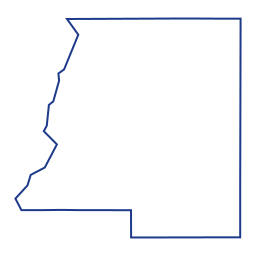 Le Sueur, Minnesota, United States of America
{"feature_id": "52423323B42954373682116", "entity_name": "Le Sueur", "entity_type": "district", "adm_level": 2, "iso_a3": "USA", "parent_name": "United States of America", "parent_adm1": "Minnesota", "projection": "mercator", "projection_center": [-93.822, 44.37], "detail": "fine", "context": "isolated", "style": "outline", "palette": "blue", "viewbox_px": 256, "rotation_deg": 0, "n_neighbors": 0, "source": "geoboundaries", "source_scale": "gbopen_adm2", "svg_char_len": 436}
<svg xmlns="http://www.w3.org/2000/svg" viewBox="0 0 256 256"><path d="M240.2,237.3L240.2,182.9L240.6,18.7L228.1,18.7L207.5,18.6L185.5,18.5L67.0,19.0L78.3,34.7L64.1,69.4L58.4,73.5L59.1,80.6L53.3,101.4L48.9,104.9L46.8,125.6L43.8,131.2L56.9,144.4L44.8,167.5L30.7,174.9L27.5,185.4L15.4,198.6L21.4,210.1L45.1,210.1L60.9,209.9L76.8,210.1L131.0,210.2L131.1,237.5L239.4,237.3L240.2,237.3Z" fill="none" stroke="#1e3a8a" stroke-width="2"/></svg>